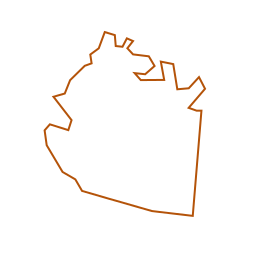 outline of Jessamine, Kentucky, United States of America, rotated 169°
{"feature_id": "52423323B70130462183378", "entity_name": "Jessamine", "entity_type": "district", "adm_level": 2, "iso_a3": "USA", "parent_name": "United States of America", "parent_adm1": "Kentucky", "projection": "natural_earth1", "projection_center": [-84.584, 37.866], "detail": "fine", "context": "isolated", "style": "outline", "palette": "amber", "viewbox_px": 256, "rotation_deg": 169, "n_neighbors": 0, "source": "geoboundaries", "source_scale": "gbopen_adm2", "svg_char_len": 683}
<svg xmlns="http://www.w3.org/2000/svg" viewBox="0 0 256 256"><g transform="rotate(169 128 128)"><path d="M52.6,131.0L57.3,131.9L64.6,136.2L44.9,151.8L48.6,164.4L60.8,155.4L72.2,156.6L71.4,182.1L83.1,186.9L83.3,168.3L106.3,172.6L111.0,180.6L100.9,177.5L90.1,183.8L93.9,194.4L109.0,199.3L113.4,206.4L106.5,212.4L112.0,216.2L117.9,208.8L124.4,210.8L123.2,221.7L132.5,226.6L141.5,211.8L151.0,207.3L151.4,198.4L158.6,197.3L175.7,186.0L183.5,173.9L195.2,172.9L181.9,146.5L187.0,137.3L204.0,146.5L210.3,141.6L211.1,126.6L200.6,97.3L189.5,87.6L185.1,75.0L160.6,62.4L152.9,58.5L132.7,48.2L120.3,41.9L113.2,39.6L81.2,29.4L52.6,131.0Z" fill="none" stroke="#b45309" stroke-width="2"/></g></svg>